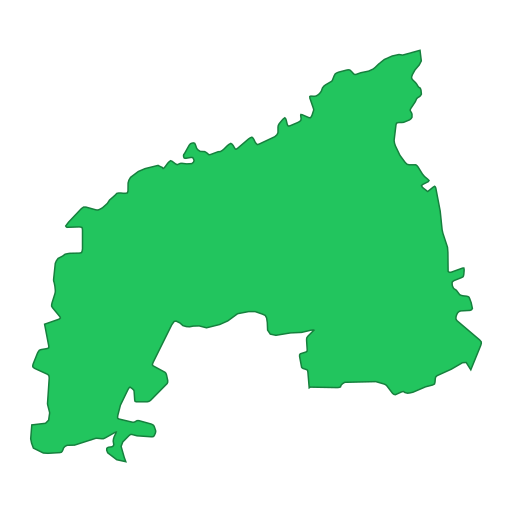 the border of Khomas
{"feature_id": "NAM-3340", "entity_name": "Khomas", "entity_type": "Region", "adm_level": 1, "iso_a3": "NAM", "parent_name": "Namibia", "parent_adm1": "", "projection": "orthographic", "projection_center": [17.098, -22.865], "detail": "fine", "context": "isolated", "style": "filled", "palette": "green", "viewbox_px": 512, "rotation_deg": 0, "n_neighbors": 0, "source": "natural_earth", "source_scale": "10m", "svg_char_len": 5777}
<svg xmlns="http://www.w3.org/2000/svg" viewBox="0 0 512 512"><path d="M125.4,193.3L127.2,193.0L127.8,191.8L128.0,190.9L128.1,183.0L128.9,180.2L130.6,177.3L138.3,171.5L145.1,168.6L158.1,165.4L159.9,166.4L162.2,167.4L163.1,168.5L164.2,167.8L165.4,166.4L167.8,163.1L169.2,161.7L170.6,160.7L172.1,161.3L175.4,163.8L177.2,164.7L178.7,164.1L180.3,163.4L181.9,163.3L186.7,163.9L191.8,163.6L193.4,162.3L194.1,160.6L193.5,158.9L192.7,157.6L191.2,157.4L185.8,158.3L184.3,158.1L183.7,157.0L183.5,155.7L183.7,154.6L184.6,153.4L189.2,145.2L190.5,143.7L192.1,143.1L193.6,142.9L194.7,143.3L195.4,144.7L196.7,148.4L198.1,150.0L200.2,151.4L204.7,151.6L206.7,152.8L209.0,154.8L210.6,154.5L218.2,151.7L220.3,151.6L222.2,150.5L223.8,149.2L227.1,145.9L228.8,144.5L230.8,143.4L232.2,144.3L233.4,145.9L234.4,147.7L235.4,149.1L236.2,149.2L237.6,148.3L248.5,139.0L250.3,137.8L251.9,137.2L253.1,138.2L254.1,139.9L255.0,141.9L256.1,143.5L257.3,144.6L259.1,144.1L274.8,136.7L277.0,134.7L278.0,132.6L278.0,127.1L278.3,125.4L279.2,123.7L281.9,120.4L283.3,118.9L284.8,117.8L285.6,118.6L286.2,120.1L287.1,123.9L287.7,125.4L288.5,126.1L290.0,125.8L297.8,122.5L299.6,121.5L300.8,120.4L301.1,118.7L300.7,115.4L300.9,114.5L302.1,114.7L308.8,117.6L310.3,117.8L311.2,116.8L312.0,115.3L313.6,110.4L313.7,109.4L313.2,107.8L309.9,98.2L309.8,96.5L310.8,96.1L314.2,96.3L316.1,96.0L317.8,95.0L319.4,93.7L320.6,92.2L321.3,91.2L322.5,87.9L324.0,86.0L325.8,84.7L331.3,81.5L332.2,80.7L334.2,75.7L335.3,73.8L337.0,72.8L338.8,72.1L346.5,70.1L348.3,69.8L349.8,70.0L351.3,71.3L353.9,74.1L354.9,74.5L356.1,74.4L360.9,72.7L368.7,71.1L373.2,69.0L375.1,67.5L378.6,64.1L384.3,59.5L392.2,56.0L399.0,54.5L402.6,55.1L420.0,50.3L421.3,60.9L419.2,65.0L415.0,69.9L412.4,74.6L411.7,76.6L411.6,78.1L412.0,78.9L412.5,79.6L413.0,80.2L415.5,82.6L416.6,84.0L418.0,86.3L418.5,87.0L419.2,87.5L419.9,87.8L420.5,88.7L421.0,90.2L421.4,94.1L420.4,95.8L419.2,96.8L418.1,97.4L416.7,98.6L415.3,101.7L410.7,108.6L410.1,110.1L410.6,111.3L411.5,112.8L412.0,114.2L412.0,117.2L411.1,118.6L409.5,119.9L403.7,122.3L402.0,122.5L399.5,122.5L398.1,122.6L396.6,123.1L396.0,124.6L394.1,140.4L394.5,143.2L395.4,145.9L399.9,155.3L405.2,162.5L407.1,164.3L409.2,164.8L415.8,164.8L417.0,165.7L418.0,166.9L422.4,174.0L424.5,176.5L427.6,179.1L429.0,180.5L428.3,181.6L422.8,184.4L421.5,185.6L422.1,186.9L423.3,188.1L427.5,191.4L427.7,191.5L428.0,191.3L433.1,187.2L434.6,186.3L435.3,186.9L435.8,188.1L440.2,211.2L442.1,229.7L442.9,233.3L447.5,247.3L447.9,252.4L448.1,271.4L449.3,272.3L450.9,272.3L462.5,268.1L463.8,268.0L464.1,269.2L464.1,270.8L463.8,274.3L463.5,275.8L463.0,276.8L461.5,277.6L454.2,280.5L453.4,281.0L452.2,282.1L452.1,283.7L452.3,285.5L453.0,287.3L453.8,288.6L456.3,290.2L459.7,294.7L461.3,295.4L463.0,295.8L466.6,296.2L468.1,296.6L469.0,297.2L469.7,298.7L471.2,302.8L472.4,308.5L471.5,309.8L470.0,310.4L460.8,310.9L459.3,311.4L457.8,312.6L456.7,314.6L456.0,316.8L455.9,318.9L456.9,320.6L479.6,339.9L481.2,341.8L481.3,343.4L480.7,345.5L470.8,369.8L466.2,362.5L462.5,362.7L451.3,369.2L437.2,375.6L435.8,376.8L435.3,378.4L435.0,382.1L434.5,384.0L432.6,385.0L425.6,386.8L413.0,392.2L410.0,392.9L407.5,393.2L404.8,392.5L403.5,391.5L401.8,391.8L395.4,394.7L394.0,394.4L392.6,393.4L386.9,385.9L385.6,384.7L384.0,384.0L375.8,381.6L344.8,382.3L342.5,383.7L341.0,385.3L340.5,386.9L339.1,387.4L337.4,387.6L310.2,387.1L309.2,387.8L307.9,372.1L307.6,370.6L307.1,369.9L305.7,369.3L303.1,368.5L302.3,368.0L301.6,367.3L299.6,356.5L299.6,354.9L300.3,353.8L306.2,351.9L307.0,351.2L307.2,349.8L306.6,340.6L306.6,338.9L306.9,337.6L308.0,336.1L313.9,330.2L313.5,330.0L310.9,330.2L301.6,332.4L290.5,332.9L275.9,335.3L270.3,334.1L267.6,330.1L267.3,322.5L266.6,317.9L265.2,315.4L262.4,314.1L255.2,311.6L248.5,311.6L237.6,313.7L227.8,320.9L219.7,324.5L206.5,327.8L199.2,325.9L193.2,326.1L189.6,326.8L186.4,326.6L182.9,325.6L180.0,323.0L176.1,321.1L174.2,321.4L171.8,324.7L153.2,362.2L152.6,363.7L152.4,364.9L153.1,365.8L153.8,366.2L165.0,372.3L165.9,373.3L166.5,374.9L167.7,380.4L167.7,382.2L167.1,383.6L150.5,400.4L148.9,401.4L147.2,401.8L136.3,401.8L135.1,401.4L134.7,400.0L134.1,391.2L133.8,390.2L132.2,388.6L130.0,387.1L129.0,387.9L128.1,389.3L120.4,405.2L117.8,415.4L117.6,417.0L117.7,418.3L118.9,419.0L132.9,422.3L134.4,422.1L137.1,420.6L138.8,420.6L151.1,424.0L152.6,424.7L153.6,425.4L154.3,426.7L155.6,430.5L155.7,431.6L155.4,433.0L154.5,435.1L153.8,436.2L153.0,436.7L151.5,436.8L137.0,435.8L131.7,434.4L130.5,434.5L129.0,435.6L122.8,441.9L121.1,446.4L124.2,457.3L125.8,461.7L116.7,459.7L107.7,452.8L106.7,450.2L106.8,448.3L107.9,447.5L108.8,447.2L111.9,446.8L113.2,446.0L113.8,444.7L113.2,441.2L113.5,438.9L114.2,436.7L115.8,433.4L116.2,432.1L115.0,432.4L105.2,437.9L103.4,438.7L101.5,438.7L96.5,438.2L95.4,438.4L74.6,445.1L67.1,445.3L65.0,446.4L63.6,447.9L63.0,449.6L62.3,451.1L61.4,452.2L59.9,452.6L47.9,453.3L43.3,453.0L33.4,448.1L31.6,443.2L30.7,438.8L31.8,424.9L45.5,423.3L48.6,420.2L49.6,413.4L49.6,412.4L47.8,405.3L47.5,403.8L49.2,378.3L49.1,376.7L48.7,375.3L47.5,374.3L34.9,368.5L33.8,367.8L32.8,366.8L32.8,365.3L33.3,363.6L37.5,353.1L38.4,351.5L39.4,350.2L41.0,349.6L46.4,348.7L47.8,348.3L48.7,347.8L48.8,346.6L48.7,345.7L44.6,324.2L57.8,319.6L59.5,318.9L60.4,318.0L59.9,316.7L52.5,307.7L51.6,306.1L51.7,304.4L52.1,302.7L54.9,293.8L55.3,292.0L55.3,290.1L54.9,286.2L54.2,282.6L53.7,281.1L53.6,280.3L53.6,279.4L55.3,263.3L56.4,260.8L58.1,258.4L62.6,256.1L65.1,254.2L67.9,253.6L69.9,253.3L79.7,253.1L81.5,252.6L82.2,250.9L82.5,248.8L82.5,230.5L82.4,229.0L82.0,227.5L80.8,227.1L79.3,226.9L67.0,227.3L66.3,226.9L65.7,226.0L68.6,222.1L81.4,208.6L83.6,207.1L86.0,207.1L96.1,209.9L98.1,210.0L100.2,209.1L102.6,207.7L107.4,203.4L109.5,200.1L115.2,195.1L116.8,193.4L118.7,193.0L120.8,193.0L123.2,193.3L125.4,193.3Z" fill="#22c55e" stroke="#15803d" stroke-width="1.5"/></svg>